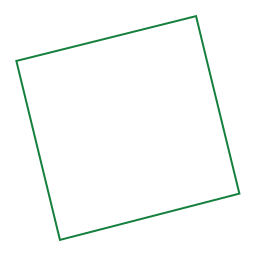 outline of Mecosta, Michigan, United States of America, rotated 76°
{"feature_id": "52423323B66393696597069", "entity_name": "Mecosta", "entity_type": "district", "adm_level": 2, "iso_a3": "USA", "parent_name": "United States of America", "parent_adm1": "Michigan", "projection": "mercator", "projection_center": [-85.305, 43.641], "detail": "fine", "context": "isolated", "style": "outline", "palette": "green", "viewbox_px": 256, "rotation_deg": 76, "n_neighbors": 0, "source": "geoboundaries", "source_scale": "gbopen_adm2", "svg_char_len": 230}
<svg xmlns="http://www.w3.org/2000/svg" viewBox="0 0 256 256"><g transform="rotate(76 128 128)"><path d="M218.6,35.8L81.9,35.2L35.9,34.9L35.9,220.1L220.1,221.1L218.6,35.8Z" fill="none" stroke="#15803d" stroke-width="2"/></g></svg>